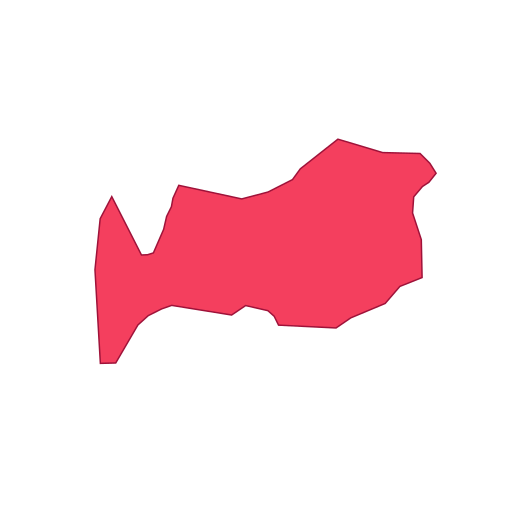 outline of Kozje, rotated 120°
{"feature_id": "SVN-957", "entity_name": "Kozje", "entity_type": "Municipality", "adm_level": 1, "iso_a3": "SVN", "parent_name": "Slovenia", "parent_adm1": "", "projection": "natural_earth1", "projection_center": [15.563, 46.062], "detail": "fine", "context": "isolated", "style": "filled", "palette": "rose", "viewbox_px": 512, "rotation_deg": 120, "n_neighbors": 0, "source": "natural_earth", "source_scale": "10m", "svg_char_len": 672}
<svg xmlns="http://www.w3.org/2000/svg" viewBox="0 0 512 512"><g transform="rotate(120 256 256)"><path d="M125.9,149.0L140.5,141.9L159.2,121.0L191.6,101.4L210.4,116.2L232.5,120.4L262.2,143.0L278.3,150.7L304.6,201.9L299.1,210.1L297.4,218.4L304.1,240.2L319.3,247.6L340.9,304.3L348.9,311.2L361.5,319.5L374.8,323.8L418.8,324.0L426.8,337.1L348.4,388.6L301.6,409.6L276.7,410.6L312.4,355.7L309.1,350.5L304.6,346.4L279.1,349.3L266.4,353.2L255.6,353.9L247.5,356.8L233.4,358.2L213.7,296.9L194.6,277.6L171.6,262.6L158.3,261.2L113.9,243.5L103.1,198.0L85.2,165.2L88.8,151.8L94.3,141.4L105.6,143.1L112.6,146.6L125.9,149.0Z" fill="#f43f5e" stroke="#9f1239" stroke-width="1.5"/></g></svg>